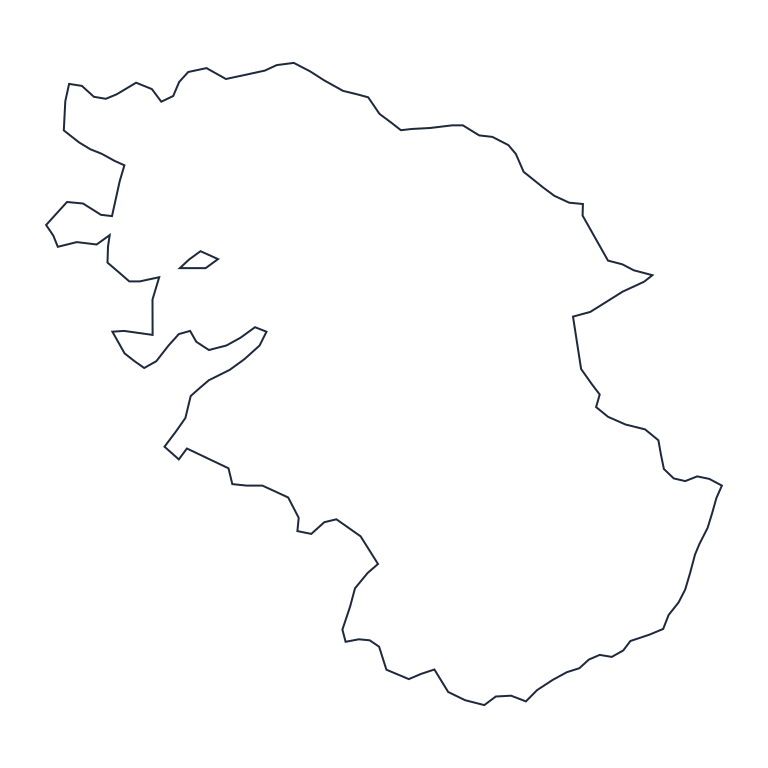 the district of Guapirama, Paraná, Brazil
{"feature_id": "56859067B61093640054978", "entity_name": "Guapirama", "entity_type": "district", "adm_level": 2, "iso_a3": "BRA", "parent_name": "Brazil", "parent_adm1": "Paraná", "projection": "robinson", "projection_center": [-50.09, -23.472], "detail": "fine", "context": "isolated", "style": "outline", "palette": "slate", "viewbox_px": 768, "rotation_deg": 0, "n_neighbors": 0, "source": "geoboundaries", "source_scale": "gbopen_adm2", "svg_char_len": 2145}
<svg xmlns="http://www.w3.org/2000/svg" viewBox="0 0 768 768"><path d="M379.1,646.7L386.4,669.7L408.8,679.1L421.1,673.9L434.4,669.5L448.2,692.0L465.1,700.2L484.3,705.1L495.8,696.5L511.1,695.7L525.9,701.4L537.2,690.0L552.7,679.9L566.8,672.2L579.4,668.2L588.8,659.6L599.7,654.9L611.8,656.9L623.3,650.4L630.4,641.0L649.6,634.6L663.2,628.9L668.6,615.0L678.6,602.4L685.2,589.5L690.1,573.0L695.0,554.6L699.5,543.8L707.6,527.9L712.1,513.3L716.4,498.0L721.9,485.6L709.3,478.9L697.2,476.4L685.2,481.1L673.7,478.4L663.9,469.0L660.9,454.4L658.4,440.3L645.1,429.4L625.5,424.5L608.0,416.8L596.1,407.1L599.7,394.5L592.0,384.4L581.1,369.0L573.0,316.6L590.3,311.9L622.7,291.6L644.1,281.7L652.4,275.2L633.8,270.3L622.3,264.3L608.0,260.6L582.6,215.6L582.9,204.0L569.2,202.7L554.3,195.8L543.0,187.4L523.6,171.8L515.9,154.0L508.4,145.1L492.4,136.9L479.2,135.4L462.8,125.3L452.5,125.3L429.9,128.0L411.3,129.0L400.9,130.2L392.1,123.3L379.5,113.9L368.2,97.3L357.1,94.3L343.1,90.9L323.9,80.2L310.0,71.3L293.8,62.9L276.7,65.1L264.8,70.6L253.7,73.0L225.9,79.0L206.5,68.1L188.2,72.0L179.2,81.9L173.2,96.0L161.3,101.7L151.9,89.1L136.1,82.7L116.7,94.3L105.8,98.8L93.9,96.8L81.9,85.9L69.1,83.9L65.3,101.2L63.8,130.4L78.9,142.3L90.4,149.3L101.5,153.7L114.6,160.9L124.4,165.3L119.7,181.2L112.0,216.1L100.9,214.8L83.0,203.5L67.0,202.0L46.1,225.0L53.3,235.6L57.8,246.8L76.8,242.1L96.6,244.5L109.7,235.1L108.0,246.5L107.5,262.6L120.8,274.0L129.3,281.4L139.7,281.4L159.2,277.2L152.5,299.5L152.6,334.9L124.0,330.9L112.4,331.7L124.6,353.4L134.4,361.1L144.2,368.0L156.4,361.1L168.3,345.8L178.8,334.1L190.1,330.9L196.3,341.8L208.9,350.0L226.4,345.5L240.7,337.6L255.0,327.2L266.5,331.7L259.6,345.5L244.5,359.1L229.8,369.8L208.9,380.2L198.8,388.8L190.7,396.0L185.4,418.0L176.0,431.4L164.5,446.7L178.8,459.4L186.9,448.5L228.5,468.3L232.3,484.1L246.6,485.6L262.4,485.6L288.2,497.5L298.7,517.8L297.4,531.1L311.3,533.9L324.3,522.2L336.4,519.3L360.6,536.3L378.0,564.0L367.6,573.0L355.0,588.3L350.1,606.6L342.4,629.6L345.6,641.8L358.8,639.3L369.7,640.3L379.1,646.7ZM179.9,268.1L189.2,259.4L200.5,251.2L218.0,259.1L205.7,268.1L179.9,268.1Z" fill="none" stroke="#1e293b" stroke-width="2"/></svg>